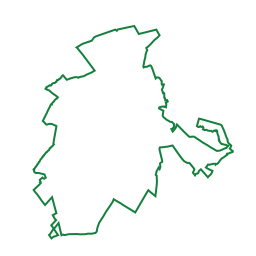 outline of Calarasi, Botosani, Romania, rotated 83°
{"feature_id": "2599482B93043559346462", "entity_name": "Calarasi", "entity_type": "district", "adm_level": 2, "iso_a3": "ROU", "parent_name": "Romania", "parent_adm1": "Botosani", "projection": "robinson", "projection_center": [27.271, 47.62], "detail": "fine", "context": "isolated", "style": "outline", "palette": "green", "viewbox_px": 256, "rotation_deg": 83, "n_neighbors": 0, "source": "geoboundaries", "source_scale": "gbopen_adm2", "svg_char_len": 5769}
<svg xmlns="http://www.w3.org/2000/svg" viewBox="0 0 256 256"><g transform="rotate(83 128 128)"><path d="M228.2,217.4L227.6,216.5L226.7,214.7L226.5,212.9L226.0,211.6L225.8,210.5L219.2,213.9L213.9,208.5L226.3,207.1L225.9,205.9L225.9,205.6L226.0,205.1L226.4,204.5L226.5,204.2L226.5,202.9L226.3,201.0L226.2,199.4L227.1,190.9L227.5,189.6L227.7,188.5L228.2,183.4L228.0,181.0L228.1,179.6L228.5,177.3L228.2,173.1L227.1,171.8L226.8,171.6L225.0,171.1L222.8,170.3L218.6,168.2L212.7,163.3L207.9,159.6L203.4,155.6L199.4,152.2L197.9,151.3L197.0,150.9L202.4,143.8L203.3,142.9L212.7,131.1L195.7,118.2L192.2,115.4L194.2,113.7L199.0,109.1L188.3,106.5L184.7,105.8L180.5,105.5L178.9,105.3L177.9,106.2L176.7,105.6L175.8,105.4L174.5,104.9L171.0,102.4L172.6,101.6L171.2,100.9L170.5,100.6L167.5,100.6L167.0,100.4L166.6,100.1L165.9,98.4L165.2,98.0L153.9,99.3L152.9,99.3L152.1,99.2L151.4,98.9L151.1,98.6L151.3,96.6L151.3,90.8L150.8,85.9L159.9,81.1L164.2,78.7L167.7,76.4L168.8,74.9L169.8,73.6L170.0,72.2L170.2,71.4L170.4,71.1L176.5,67.3L177.0,67.1L180.3,69.0L183.1,67.3L182.3,66.8L181.8,66.1L181.6,65.1L181.7,64.5L181.1,63.6L179.9,63.2L179.3,62.8L178.8,62.1L177.9,60.7L186.6,54.7L185.7,53.7L184.4,51.9L183.6,50.9L180.9,49.4L178.3,53.5L176.7,55.5L174.0,52.9L174.4,51.7L174.4,51.4L173.9,48.3L174.2,45.6L175.0,45.5L174.6,45.0L174.4,43.7L173.3,42.2L171.1,40.4L169.5,38.4L169.0,37.1L166.7,32.9L166.0,33.1L165.8,33.1L165.6,32.9L165.5,32.3L165.7,31.3L164.9,29.6L165.0,29.2L164.6,27.1L163.7,26.8L163.1,27.5L160.9,29.5L159.9,28.7L158.2,27.7L157.6,28.0L156.3,29.2L154.6,30.5L152.9,30.7L151.5,30.6L150.1,31.2L146.8,32.0L145.5,32.2L143.9,32.7L142.3,33.0L139.5,33.9L137.2,34.6L136.4,35.0L136.0,35.6L128.1,54.3L127.4,56.4L134.4,59.3L134.5,59.1L135.4,58.5L135.7,57.4L135.3,56.6L135.0,56.1L135.2,55.9L135.7,55.5L135.8,55.2L135.9,54.6L135.6,53.7L135.9,53.5L137.3,53.1L138.5,53.7L139.4,52.3L139.4,52.1L139.3,50.9L139.4,50.2L140.4,49.0L140.9,46.6L140.9,46.0L141.0,45.8L141.8,45.0L142.1,44.5L141.1,43.0L141.1,42.8L141.1,42.3L141.6,41.9L141.8,41.6L141.8,41.1L141.7,40.9L141.6,40.7L141.1,40.6L141.5,39.9L142.3,39.9L143.0,40.1L143.5,39.9L145.7,39.7L146.6,39.3L147.7,39.2L149.2,39.2L150.3,38.9L151.0,38.9L151.1,39.2L151.4,39.0L152.1,39.0L152.3,39.0L152.5,38.6L153.7,38.3L155.1,37.2L155.5,36.7L155.5,35.9L156.3,34.4L156.6,33.1L157.1,32.4L157.8,30.7L158.2,31.0L159.7,32.7L159.8,33.4L160.1,34.4L160.5,36.0L161.0,37.1L161.6,39.4L161.6,42.5L160.7,43.8L157.2,48.4L154.8,51.2L151.7,55.3L144.8,63.3L144.5,64.0L144.5,64.3L144.3,68.1L143.1,69.2L139.3,72.3L130.5,79.0L133.9,80.8L137.0,84.0L134.4,85.0L134.4,84.7L133.9,83.8L132.6,82.4L131.3,82.0L130.5,82.1L129.9,81.7L127.4,83.6L126.9,85.6L125.4,87.3L125.1,87.9L124.4,88.9L122.9,90.1L122.0,91.1L121.2,91.6L120.0,92.1L115.2,90.8L114.4,92.1L112.9,94.0L112.4,94.8L111.2,94.3L111.1,93.0L110.9,92.1L111.0,90.2L111.5,89.3L111.2,89.0L112.0,87.8L108.8,87.0L107.6,87.4L107.0,86.5L106.8,85.6L106.6,85.3L105.6,85.6L105.6,85.9L105.1,85.9L105.2,87.6L103.1,87.6L103.0,88.0L102.6,88.0L102.2,88.3L98.0,87.8L97.6,88.0L97.4,88.2L97.6,89.0L95.2,89.4L94.3,89.7L93.7,89.5L92.7,88.7L91.4,88.2L90.9,87.9L90.1,87.7L89.3,87.0L89.0,87.1L89.1,88.5L89.1,89.0L88.7,89.0L88.2,89.2L85.6,88.8L84.8,89.4L83.7,89.9L82.3,90.6L81.5,91.9L81.3,92.8L81.4,93.3L82.2,94.5L72.2,96.6L69.4,97.4L68.5,98.3L68.9,99.9L69.4,101.1L69.5,101.6L69.4,103.5L69.8,105.1L68.8,105.3L62.5,103.3L61.1,102.7L59.9,102.2L57.2,101.6L55.6,100.8L54.3,100.3L53.2,99.4L50.8,100.1L49.6,98.1L47.7,95.5L43.7,90.8L42.1,88.1L39.9,85.4L33.8,87.9L36.0,105.8L27.5,109.4L29.0,126.3L30.1,127.3L28.8,128.7L33.1,148.5L34.0,150.7L36.9,153.3L39.0,163.1L41.8,169.2L42.5,168.4L43.8,167.8L49.2,164.3L67.0,154.1L67.7,155.7L68.5,157.5L70.0,162.7L71.2,165.6L71.3,167.6L71.5,169.3L71.7,170.5L72.1,171.0L71.5,172.1L71.2,173.1L71.1,174.1L71.2,175.5L71.7,178.7L72.7,182.8L67.8,186.1L68.2,187.0L69.1,187.8L69.5,188.0L69.7,188.3L70.2,188.6L70.6,189.0L70.8,189.9L71.2,190.3L71.2,190.8L71.8,191.4L71.9,191.8L71.7,192.4L72.3,193.0L73.1,193.2L73.6,193.8L73.6,194.2L74.1,194.7L74.4,195.3L74.3,196.0L74.4,196.5L74.4,196.9L74.8,197.7L74.9,198.0L75.8,198.5L76.0,199.1L76.4,199.2L76.5,199.4L76.3,200.0L76.1,200.2L76.2,201.1L76.8,201.8L77.2,203.2L77.5,203.5L77.6,203.9L77.9,203.8L78.7,204.4L78.8,205.0L79.3,205.0L81.4,201.2L81.8,201.1L82.6,200.4L84.9,198.2L86.7,196.1L88.6,194.2L89.0,193.9L89.3,194.0L90.1,195.2L90.1,195.5L90.9,196.6L91.8,197.8L92.4,198.1L92.9,198.6L93.0,198.8L93.0,199.0L93.3,199.2L93.8,199.9L94.2,200.2L95.2,200.6L94.9,201.0L95.3,201.7L98.8,203.9L99.7,204.6L103.1,206.7L110.5,211.6L110.8,211.7L112.2,210.4L114.3,209.0L114.7,208.4L114.7,208.1L114.4,206.3L114.4,204.7L114.5,203.9L115.2,202.2L116.4,200.4L117.1,199.0L117.4,198.8L133.3,203.7L134.4,203.9L135.1,203.5L135.4,204.0L136.1,204.5L136.3,204.8L136.6,205.0L136.7,205.3L137.0,205.5L137.2,205.8L137.2,206.2L137.4,206.5L138.2,207.1L138.3,207.5L138.6,208.2L139.0,208.2L139.3,208.5L140.2,208.9L140.6,209.8L140.7,210.1L141.1,210.4L141.6,211.1L142.1,211.5L142.2,212.1L142.3,212.3L142.7,212.6L142.9,212.9L143.8,213.6L144.5,214.6L145.0,214.7L145.0,215.1L145.8,216.1L146.5,216.3L146.6,216.7L147.0,217.1L147.3,217.2L148.0,217.8L148.5,218.6L150.6,219.9L150.8,220.5L152.1,221.2L152.4,221.5L152.4,221.8L153.1,222.2L153.2,222.5L153.5,222.6L154.2,223.3L154.4,223.3L154.6,223.7L155.3,224.1L155.8,224.9L156.4,225.3L156.8,225.6L157.1,226.4L157.7,226.8L158.3,226.2L159.1,226.5L159.9,226.5L160.8,225.8L161.5,224.9L161.7,222.3L163.9,216.6L167.3,215.7L168.1,217.2L167.6,218.4L166.8,219.0L168.8,221.9L170.6,221.4L171.1,222.0L172.0,221.3L173.3,222.8L178.0,229.2L180.5,227.8L182.0,226.7L185.9,224.5L190.3,222.2L194.3,219.7L187.4,211.8L203.9,209.5L204.0,210.2L204.9,212.0L205.4,213.3L209.1,211.8L210.7,210.6L215.2,216.0L218.6,214.1L221.8,216.5L223.7,218.2L224.6,219.4L228.2,217.4Z" fill="none" stroke="#15803d" stroke-width="2"/></g></svg>